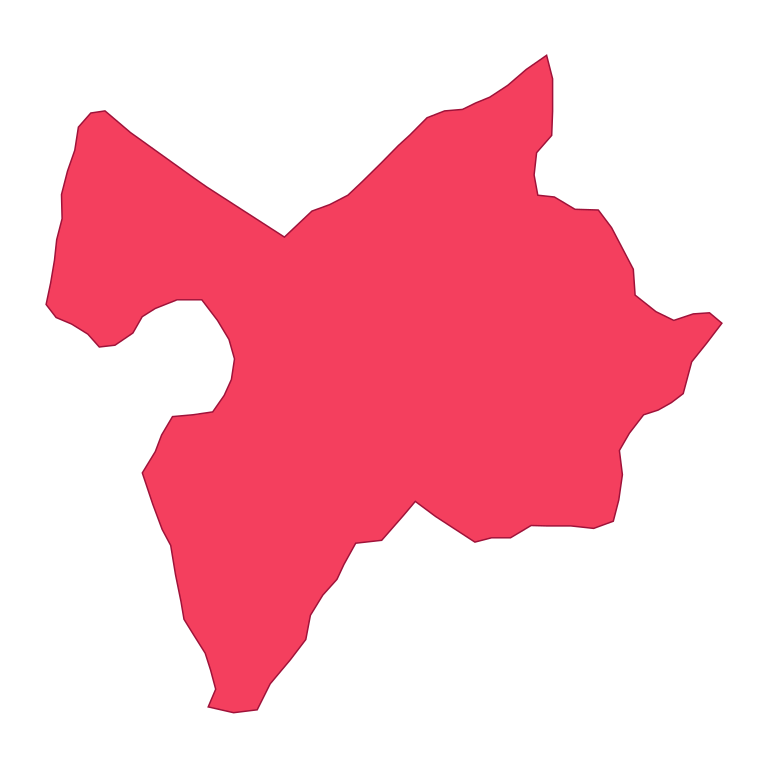 outline of Japeri, Rio de Janeiro, Brazil
{"feature_id": "56859067B261437250670", "entity_name": "Japeri", "entity_type": "district", "adm_level": 2, "iso_a3": "BRA", "parent_name": "Brazil", "parent_adm1": "Rio de Janeiro", "projection": "natural_earth1", "projection_center": [-43.609, -22.666], "detail": "fine", "context": "isolated", "style": "filled", "palette": "rose", "viewbox_px": 768, "rotation_deg": 0, "n_neighbors": 0, "source": "geoboundaries", "source_scale": "gbopen_adm2", "svg_char_len": 1457}
<svg xmlns="http://www.w3.org/2000/svg" viewBox="0 0 768 768"><path d="M622.4,474.7L619.4,450.5L629.4,433.2L643.6,414.8L658.1,410.1L671.4,402.6L683.2,393.6L691.7,361.8L706.5,343.4L721.9,323.2L709.5,312.8L693.2,313.9L673.8,320.4L656.0,311.7L635.1,295.1L633.3,269.2L611.6,227.7L598.3,210.0L575.0,209.3L554.4,197.0L537.8,195.2L534.1,175.0L536.6,152.7L551.7,135.4L552.6,111.2L552.6,78.8L546.6,55.3L526.3,69.4L507.8,85.3L489.7,97.2L475.8,102.9L462.5,109.4L444.6,110.9L427.1,117.7L409.9,135.0L398.4,145.5L381.1,163.1L362.4,181.5L347.9,195.2L329.7,204.6L311.9,211.1L284.4,237.1L206.6,186.9L193.3,177.6L130.4,132.5L105.0,110.9L90.8,113.0L78.4,127.1L74.8,150.2L67.5,171.1L61.5,194.5L62.1,218.7L56.7,239.6L54.5,260.1L50.6,283.2L46.1,304.5L56.1,317.5L71.5,324.0L87.8,334.1L99.3,347.0L115.0,345.2L132.9,333.0L142.2,316.7L155.2,308.5L177.0,299.8L201.8,299.8L217.5,320.4L229.0,339.5L234.5,358.9L231.4,379.5L224.2,395.4L212.7,411.9L192.7,414.8L172.5,416.6L161.6,435.0L155.3,451.6L142.3,472.9L152.8,504.3L162.2,529.5L170.7,545.4L175.5,574.6L181.0,601.6L184.0,619.3L194.3,635.9L205.2,653.2L210.6,670.1L215.7,689.2L208.2,706.9L233.6,712.7L257.2,709.8L270.2,683.8L290.4,659.7L305.8,639.5L310.4,615.3L322.8,595.1L337.0,579.3L343.9,564.5L355.7,543.2L381.7,540.3L403.5,515.4L415.3,501.4L435.6,516.5L474.9,542.1L491.5,537.8L510.5,537.8L531.1,525.5L546.5,525.9L570.7,525.9L593.7,528.4L613.3,521.2L618.8,499.9L622.4,474.7Z" fill="#f43f5e" stroke="#9f1239" stroke-width="1.5"/></svg>